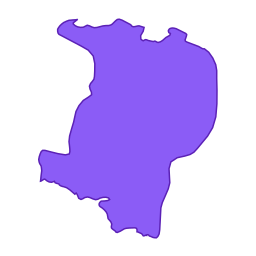 the border of Los Ríos, rotated 273°
{"feature_id": "CHL-2701", "entity_name": "Los Ríos", "entity_type": "Region", "adm_level": 1, "iso_a3": "CHL", "parent_name": "Chile", "parent_adm1": "", "projection": "equal_earth", "projection_center": [-72.592, -40.02], "detail": "fine", "context": "isolated", "style": "filled", "palette": "violet", "viewbox_px": 256, "rotation_deg": 273, "n_neighbors": 0, "source": "natural_earth", "source_scale": "10m", "svg_char_len": 3210}
<svg xmlns="http://www.w3.org/2000/svg" viewBox="0 0 256 256"><g transform="rotate(273 128 128)"><path d="M233.9,72.1L230.2,67.9L229.0,67.9L227.4,69.9L226.4,72.3L226.0,75.2L226.3,78.1L228.5,81.9L228.0,84.2L227.0,86.6L226.4,89.0L226.8,91.8L228.6,97.5L229.1,100.4L229.3,103.3L229.9,105.3L230.9,106.8L234.4,110.0L235.8,111.6L236.2,113.5L235.4,116.4L231.5,124.9L231.0,125.6L230.3,126.2L229.7,126.8L229.4,128.0L229.6,129.5L230.4,132.3L230.6,133.7L229.3,138.8L225.4,138.1L220.9,135.8L217.4,136.2L216.1,138.0L216.0,138.9L216.8,140.0L217.2,141.1L217.0,142.2L216.5,143.4L215.8,147.5L215.7,148.9L216.2,150.2L216.1,150.7L215.2,152.6L215.0,153.6L215.8,155.9L217.2,157.9L220.4,161.2L222.4,164.4L223.2,165.1L224.5,165.4L224.9,164.9L225.1,164.2L225.6,163.7L227.0,163.2L227.7,163.3L228.9,164.0L229.6,164.9L230.0,166.1L230.2,167.4L230.1,168.8L229.7,170.9L225.5,180.6L224.5,181.7L223.2,181.6L218.9,180.4L217.7,180.8L216.9,182.4L213.1,194.3L211.3,197.8L211.0,198.8L211.1,200.1L207.9,204.6L202.3,209.0L195.8,212.3L189.9,213.6L182.0,214.0L170.2,214.9L156.7,215.5L143.7,215.1L132.8,212.5L124.1,207.9L117.1,202.7L111.3,198.4L107.3,195.1L104.8,191.4L103.0,186.3L100.9,178.7L96.4,172.6L89.5,171.1L81.9,171.9L75.5,172.6L69.4,171.4L62.3,168.8L55.4,166.2L50.0,165.0L45.1,165.0L39.4,165.0L33.6,165.0L28.0,165.0L23.8,164.6L21.3,163.5L20.1,162.4L19.8,162.0L19.8,160.3L20.0,158.8L20.9,156.4L21.3,154.9L22.2,154.2L22.5,153.4L22.4,152.7L22.2,152.0L21.9,151.4L21.7,151.6L21.7,150.9L21.1,149.6L21.1,148.9L22.7,147.6L23.2,147.1L24.7,143.2L24.8,142.4L26.0,142.4L27.2,142.3L28.3,141.6L28.7,140.2L28.2,134.5L27.8,131.7L27.2,129.7L24.5,125.6L23.1,122.7L23.4,121.4L24.3,120.8L26.2,117.9L27.2,116.8L28.3,116.5L31.3,116.8L33.5,115.7L36.4,112.9L41.0,111.8L43.0,110.6L44.9,108.8L46.6,106.7L48.1,104.2L49.0,103.4L50.4,103.1L51.4,103.3L52.4,103.9L53.3,104.7L53.6,105.4L53.9,108.4L54.5,111.6L55.6,113.4L57.1,112.3L57.7,109.6L57.4,106.6L56.5,103.7L55.3,101.7L54.7,99.4L55.4,96.6L56.5,93.7L57.0,91.2L56.3,88.5L55.0,86.6L54.2,84.8L55.2,82.5L59.0,80.7L60.3,79.6L59.1,78.4L63.3,73.0L65.2,69.8L66.0,66.9L66.2,65.6L66.7,63.9L67.5,62.5L68.5,61.9L68.7,61.2L69.0,59.6L69.5,58.1L70.9,57.3L69.8,54.5L70.0,52.1L71.0,49.8L72.6,47.6L72.4,46.7L70.5,44.0L70.3,43.4L73.0,43.6L75.7,43.7L78.3,43.9L80.9,44.1L82.1,43.9L83.3,43.7L84.4,43.5L85.6,43.2L86.0,42.9L86.4,42.7L86.8,42.4L87.2,42.1L87.8,41.7L89.5,41.0L91.9,40.5L94.8,40.9L97.7,41.7L99.9,42.6L101.2,43.9L101.3,46.3L100.2,51.6L98.7,59.5L97.9,66.9L99.0,70.7L101.3,71.2L104.0,71.0L107.2,70.5L111.3,69.8L117.0,70.1L124.1,71.7L131.1,73.4L136.6,74.3L141.8,75.2L147.8,77.9L153.2,81.9L156.8,86.9L159.3,89.9L161.9,89.6L164.8,88.1L167.8,87.3L170.5,88.3L172.6,89.9L174.9,91.4L177.7,91.8L182.9,91.8L190.5,91.5L198.1,89.5L203.7,84.2L207.3,77.1L211.2,68.7L215.0,60.5L217.9,54.2L219.1,53.2L220.8,52.7L222.4,52.6L223.1,52.6L223.5,52.9L224.0,53.1L224.4,53.3L224.8,53.5L225.2,53.8L225.6,54.1L226.0,54.3L226.4,54.6L226.9,55.0L227.3,55.4L227.7,55.8L228.2,56.2L228.6,56.7L229.0,57.2L229.5,57.7L229.9,58.2L230.3,58.9L230.7,59.7L231.1,60.4L231.5,61.1L231.7,61.7L232.0,62.4L232.3,63.0L232.5,63.6L232.7,65.3L233.0,67.1L233.2,68.9L233.4,70.6L233.5,71.0L233.7,71.4L233.8,71.8L233.9,72.1Z" fill="#8b5cf6" stroke="#5b21b6" stroke-width="1.5"/></g></svg>